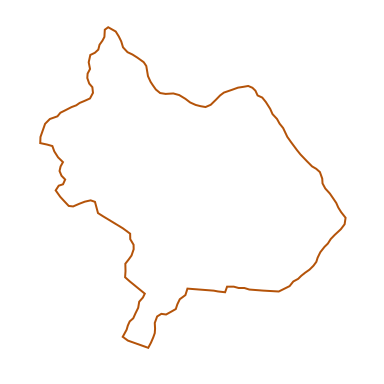 outline of Jitaúna, Bahia, Brazil, rotated 184°
{"feature_id": "56859067B22385713067819", "entity_name": "Jitaúna", "entity_type": "district", "adm_level": 2, "iso_a3": "BRA", "parent_name": "Brazil", "parent_adm1": "Bahia", "projection": "mercator", "projection_center": [-39.857, -13.954], "detail": "fine", "context": "isolated", "style": "outline", "palette": "amber", "viewbox_px": 384, "rotation_deg": 184, "n_neighbors": 0, "source": "geoboundaries", "source_scale": "gbopen_adm2", "svg_char_len": 2150}
<svg xmlns="http://www.w3.org/2000/svg" viewBox="0 0 384 384"><g transform="rotate(184 192 192)"><path d="M290.3,347.8L290.2,340.6L291.9,336.7L294.5,332.5L295.4,327.5L298.6,324.1L303.0,321.6L304.1,314.2L302.3,307.6L304.4,302.8L304.4,298.4L302.1,293.0L298.7,289.6L297.7,284.0L300.3,278.2L305.7,275.3L310.3,273.0L313.5,270.4L318.1,268.3L324.9,264.2L328.8,261.9L331.5,258.1L338.9,254.9L343.3,249.8L347.0,236.3L346.8,230.2L339.8,229.2L334.5,228.1L332.2,222.9L328.0,217.2L322.8,212.8L324.9,208.3L325.6,203.7L323.3,199.1L319.4,195.6L321.2,190.7L325.4,189.0L328.1,184.1L323.1,178.0L319.4,174.5L314.0,169.5L309.6,169.3L303.4,172.5L298.2,174.9L292.5,176.6L288.1,175.4L284.3,164.4L279.3,161.7L258.5,151.0L250.8,146.1L250.3,140.6L246.6,135.3L246.2,130.8L247.9,124.4L250.5,120.2L253.5,115.8L252.8,108.4L252.8,102.3L247.6,98.3L232.0,87.3L233.6,83.3L237.0,78.9L237.6,72.7L239.9,67.1L241.8,61.9L245.1,58.6L246.7,54.3L247.6,50.1L251.0,42.7L245.6,39.3L224.8,33.5L222.4,38.9L220.5,44.3L219.3,48.6L219.3,53.0L220.0,58.8L218.1,65.4L214.1,68.3L209.3,68.0L204.2,71.3L200.0,74.1L198.8,78.9L196.7,84.2L191.4,88.7L189.8,95.3L163.4,95.1L159.1,94.6L152.0,94.3L150.4,100.0L143.8,100.5L138.8,99.5L133.1,99.9L128.0,98.7L113.9,98.6L98.5,98.8L88.1,104.9L84.7,109.8L80.0,112.8L77.2,116.0L73.6,119.3L69.4,122.7L65.7,126.9L63.1,131.0L62.1,135.2L59.8,140.9L56.0,146.5L52.9,150.0L50.3,154.8L46.6,159.2L40.9,165.3L37.5,170.5L37.0,177.0L41.8,182.3L45.0,186.7L47.3,191.1L50.5,195.2L54.4,200.1L59.3,204.8L62.4,209.7L63.0,214.4L65.8,220.8L69.7,223.8L74.0,225.9L79.7,230.9L86.4,237.0L90.2,241.1L96.8,248.8L100.8,253.7L105.5,262.1L109.4,266.3L112.3,270.8L117.1,275.3L119.8,280.4L124.6,286.9L128.5,291.1L133.3,292.9L135.8,297.5L139.0,300.2L143.3,301.7L148.1,300.5L153.4,299.3L159.3,296.7L167.1,293.4L170.7,290.3L174.4,285.9L179.4,280.3L184.4,277.7L189.4,278.2L194.4,279.1L200.1,281.2L205.1,284.5L211.5,287.8L217.5,289.0L225.2,288.0L230.7,288.5L235.2,291.7L238.4,295.6L241.0,299.0L244.0,304.5L245.0,308.7L246.4,314.5L249.2,318.1L256.0,322.3L261.0,325.0L266.1,327.0L270.9,331.5L273.1,337.3L275.9,342.1L279.3,346.8L287.1,350.5L290.3,347.8Z" fill="none" stroke="#b45309" stroke-width="2"/></g></svg>